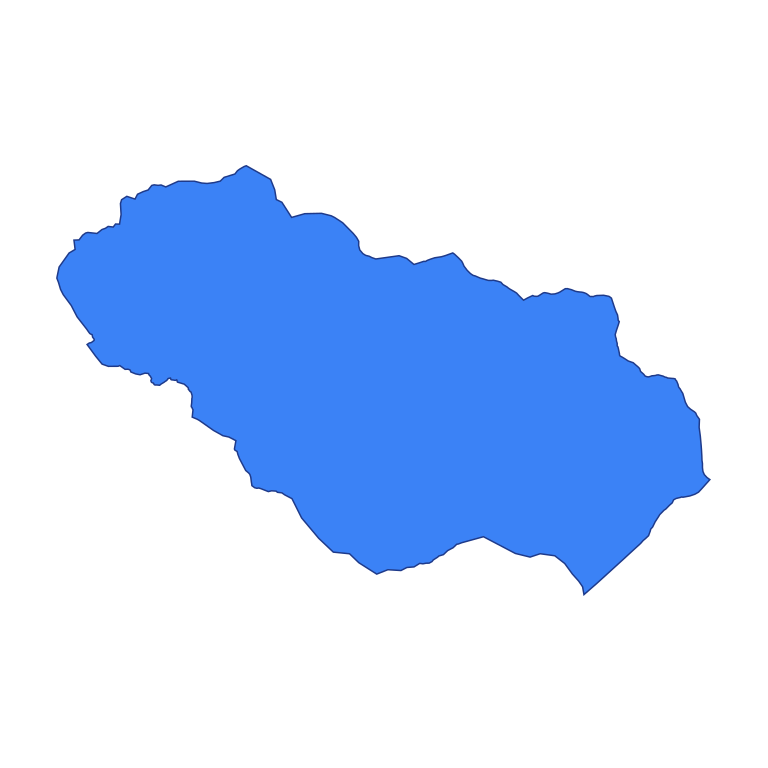 Avram Iancu, Alba, Romania (orthographic projection), rotated 173°
{"feature_id": "2599482B52871101223545", "entity_name": "Avram Iancu", "entity_type": "district", "adm_level": 2, "iso_a3": "ROU", "parent_name": "Romania", "parent_adm1": "Alba", "projection": "orthographic", "projection_center": [22.773, 46.378], "detail": "fine", "context": "isolated", "style": "filled", "palette": "blue", "viewbox_px": 768, "rotation_deg": 173, "n_neighbors": 0, "source": "geoboundaries", "source_scale": "gbopen_adm2", "svg_char_len": 5266}
<svg xmlns="http://www.w3.org/2000/svg" viewBox="0 0 768 768"><g transform="rotate(173 384 384)"><path d="M674.2,564.6L674.2,562.2L674.2,555.2L680.6,552.4L692.2,539.7L695.4,530.3L695.8,528.9L694.7,524.5L693.5,517.3L691.5,511.8L684.8,499.9L683.5,496.3L680.4,488.0L672.2,474.3L671.5,472.9L669.9,470.0L668.9,469.2L667.7,468.6L667.5,466.0L666.2,463.7L666.5,462.5L669.5,460.8L671.6,460.6L673.9,459.4L666.8,446.7L661.4,438.1L655.4,435.1L645.8,434.0L644.0,434.5L639.2,430.1L636.5,429.9L635.4,429.5L634.3,428.8L633.8,426.8L629.3,424.3L625.0,422.9L619.9,423.9L616.4,423.1L616.3,422.4L615.9,421.3L615.0,420.3L614.7,419.4L614.0,417.9L614.4,416.8L615.0,415.7L614.7,414.3L614.2,413.8L613.7,413.4L612.8,413.0L612.5,412.5L612.3,411.6L611.8,411.1L610.7,410.8L610.0,410.8L606.8,410.1L605.1,411.2L602.1,412.5L600.6,413.4L599.5,413.8L598.6,414.6L598.0,415.2L597.7,415.7L596.4,415.9L595.2,415.9L595.0,415.0L595.0,414.5L594.6,414.1L593.8,413.9L593.3,413.8L592.2,413.5L591.3,413.2L590.6,413.1L590.2,413.1L589.3,413.4L589.0,413.0L589.0,412.3L588.9,411.3L588.5,410.9L586.6,410.1L583.5,408.7L582.6,408.4L581.3,407.1L580.2,405.8L579.5,405.0L578.9,404.4L578.7,403.4L578.9,402.8L577.4,400.2L576.5,399.5L575.9,396.3L576.0,394.3L576.5,392.9L576.6,392.1L576.9,390.4L577.2,388.6L577.6,387.1L578.0,385.6L578.0,384.8L577.5,384.2L577.1,382.6L576.7,381.8L577.7,377.5L578.4,374.5L573.7,371.8L571.8,370.4L558.9,358.7L554.9,355.8L550.2,352.3L544.5,350.3L537.9,345.8L540.4,337.7L540.1,336.6L538.0,334.9L537.6,331.8L536.9,329.0L536.6,327.7L534.4,321.9L531.8,315.0L529.2,312.2L528.2,310.7L527.6,307.7L527.6,307.4L527.6,304.4L527.6,303.0L527.5,300.9L527.5,299.2L525.0,296.8L522.9,296.0L520.9,296.0L518.5,294.9L518.0,294.6L511.9,291.3L508.6,291.7L504.1,290.8L503.0,289.5L498.6,288.4L496.1,286.1L489.3,281.4L482.1,261.1L467.6,238.8L454.8,223.3L438.9,219.7L430.8,209.7L414.4,196.2L402.8,199.2L389.9,196.8L383.6,199.1L376.5,198.8L370.4,201.6L367.3,200.8L364.0,201.0L361.0,200.7L358.0,201.9L356.5,203.4L351.9,205.6L350.5,206.6L345.8,207.4L341.1,210.9L335.3,213.1L331.3,216.1L329.9,216.1L326.1,217.0L303.9,220.3L274.3,199.8L260.1,194.4L249.7,196.5L235.4,192.7L226.5,183.8L220.1,172.3L215.5,165.7L214.7,164.5L211.6,158.5L211.2,150.6L197.0,160.2L168.6,180.3L155.9,189.4L148.7,194.5L145.8,197.1L143.3,198.7L139.9,201.2L137.6,205.7L137.0,207.4L134.8,209.3L131.7,214.1L127.5,219.1L126.3,220.7L121.3,224.7L119.6,225.5L115.5,228.8L112.4,230.9L110.7,233.7L108.0,234.8L103.5,235.3L102.3,235.6L101.1,235.2L99.0,235.3L94.1,235.6L88.9,236.7L85.0,238.3L81.2,241.5L72.2,249.4L74.8,251.8L77.1,255.0L78.1,258.4L78.1,262.1L77.6,266.3L77.7,269.5L77.3,274.0L76.9,280.1L76.7,284.5L76.4,293.6L76.5,302.6L75.2,310.5L77.4,314.6L78.1,317.1L79.2,318.5L82.8,321.6L85.4,324.6L86.1,326.5L87.1,329.2L88.1,335.3L88.6,338.3L89.6,340.4L90.5,342.5L90.6,342.9L91.5,344.3L91.9,345.0L92.1,346.3L92.2,347.7L92.4,348.4L92.7,349.5L93.2,351.3L94.0,352.3L94.3,353.5L95.6,354.1L97.2,354.4L101.8,355.4L102.7,356.1L104.4,356.7L106.0,357.8L107.8,358.5L110.5,359.6L112.0,359.7L113.5,359.4L115.4,359.4L117.0,359.5L118.7,359.1L120.5,358.8L121.9,359.1L123.8,360.0L125.1,362.1L127.8,365.2L128.4,368.2L130.0,370.3L131.6,372.0L134.1,374.8L135.2,375.3L138.8,377.1L142.1,379.9L144.9,382.1L146.1,382.8L146.7,384.0L146.6,385.2L146.8,387.5L146.9,388.5L147.1,391.0L147.3,392.4L147.9,393.4L147.6,396.0L148.0,398.2L148.0,400.8L148.4,402.5L148.5,404.9L146.8,408.8L144.5,413.6L142.9,417.2L143.8,418.8L143.7,420.8L143.8,424.1L145.0,427.8L146.0,432.3L147.0,437.4L147.8,441.5L148.9,442.6L150.1,443.6L154.0,444.9L155.2,445.3L162.1,445.9L164.5,445.6L165.7,445.2L166.7,445.5L167.9,445.6L168.6,445.7L169.2,446.1L170.4,447.4L172.1,449.0L173.5,449.8L174.9,450.5L176.7,451.1L178.6,451.5L180.6,452.0L182.7,452.7L184.0,453.4L186.3,454.7L190.3,456.3L192.5,456.5L198.3,453.8L200.2,453.2L203.4,452.6L207.3,452.8L208.7,453.5L210.5,454.2L213.3,455.1L214.9,455.0L218.5,453.3L220.5,452.4L222.0,452.4L224.4,452.9L225.6,453.7L230.8,452.0L235.3,450.2L239.4,455.4L241.3,458.1L243.5,459.9L247.4,462.8L249.0,464.2L250.1,465.4L253.8,468.2L255.6,470.8L258.7,472.2L260.7,472.9L262.8,473.7L264.9,473.7L267.8,474.1L270.4,475.2L273.1,476.4L275.4,477.3L278.7,479.2L280.2,480.1L280.7,480.3L282.4,481.0L282.7,481.3L283.9,482.3L285.1,483.5L287.6,486.7L290.2,491.2L291.1,494.3L291.9,496.4L294.6,500.0L298.2,504.3L299.1,505.1L299.5,505.4L299.6,505.6L299.8,505.7L301.1,505.4L304.7,504.6L306.8,504.1L309.0,503.7L311.6,503.3L318.3,503.1L322.4,502.3L326.0,501.4L327.8,500.6L329.6,500.9L334.6,499.9L339.7,499.0L346.2,505.9L353.4,509.5L376.9,509.1L380.6,510.9L383.1,512.6L386.5,513.9L389.1,516.0L391.7,520.0L392.3,524.4L391.7,528.7L393.5,533.0L396.2,537.2L405.3,549.0L412.6,555.2L415.9,557.4L425.2,561.0L441.9,562.7L455.4,560.6L463.2,576.8L468.4,580.2L468.8,590.1L471.6,600.9L494.1,617.4L496.3,616.9L501.0,614.9L503.5,613.5L506.4,610.6L517.5,608.6L521.8,605.3L528.1,604.6L535.1,604.6L540.5,605.7L547.5,608.4L563.5,610.3L576.6,606.2L581.0,608.7L584.0,608.7L587.9,609.7L590.3,609.4L594.5,605.3L599.6,604.3L605.5,602.4L608.6,597.9L616.4,601.6L622.0,598.9L623.6,595.2L624.3,584.2L627.0,574.9L631.0,575.5L633.6,572.8L638.6,574.0L641.5,572.5L645.1,571.7L650.5,568.4L659.5,570.5L661.8,570.2L663.4,569.3L665.0,568.4L669.1,564.2L670.5,564.3L671.8,564.4L674.2,564.6Z" fill="#3b82f6" stroke="#1e3a8a" stroke-width="1.5"/></g></svg>